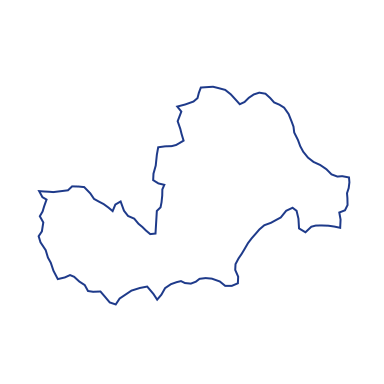 Sumaré, São Paulo, Brazil (Robinson projection), rotated 173°
{"feature_id": "56859067B51080216941917", "entity_name": "Sumaré", "entity_type": "district", "adm_level": 2, "iso_a3": "BRA", "parent_name": "Brazil", "parent_adm1": "São Paulo", "projection": "robinson", "projection_center": [-47.259, -22.848], "detail": "fine", "context": "isolated", "style": "outline", "palette": "blue", "viewbox_px": 384, "rotation_deg": 173, "n_neighbors": 0, "source": "geoboundaries", "source_scale": "gbopen_adm2", "svg_char_len": 2085}
<svg xmlns="http://www.w3.org/2000/svg" viewBox="0 0 384 384"><g transform="rotate(173 192 192)"><path d="M335.8,121.9L328.6,122.7L323.2,124.4L319.3,122.2L314.8,116.9L309.8,112.7L307.3,106.4L302.3,105.0L295.0,104.4L291.0,98.4L287.1,92.4L281.4,89.7L276.8,95.1L264.1,101.5L255.4,103.1L248.0,103.6L242.7,95.5L239.7,89.4L234.9,93.8L230.4,99.9L224.1,103.1L218.2,104.4L213.8,104.9L210.1,102.5L204.3,101.2L199.1,102.5L195.1,104.9L189.0,104.9L182.9,103.6L175.3,99.8L170.5,94.8L163.9,94.0L157.6,95.8L156.5,102.3L158.6,109.4L157.6,115.1L153.9,120.4L150.2,124.6L147.0,128.7L142.6,134.5L138.5,138.7L133.9,142.8L129.6,146.7L124.3,150.2L117.4,151.8L111.9,154.0L107.0,155.9L100.8,161.9L94.1,164.1L90.5,160.6L89.6,152.6L90.2,142.8L84.3,138.2L77.8,143.0L73.4,143.6L68.1,143.1L60.6,141.9L54.8,140.3L49.3,138.4L47.9,146.5L48.3,153.7L42.4,155.2L39.2,160.1L38.5,167.0L38.3,171.9L36.0,176.8L34.6,182.4L34.4,187.3L41.0,189.4L45.8,189.6L51.4,192.5L55.8,198.2L61.5,203.2L67.7,207.0L72.7,212.0L76.7,218.4L79.0,224.3L80.5,230.7L83.3,238.6L83.3,244.5L84.5,249.6L86.6,257.6L90.3,264.5L94.6,268.0L99.6,270.9L102.9,275.7L107.1,280.6L113.1,282.4L118.8,281.3L124.1,278.6L128.9,274.9L133.9,273.3L136.9,277.6L141.6,284.2L146.6,289.3L153.3,292.0L158.3,293.9L163.1,294.2L170.5,294.6L173.1,289.6L175.1,284.5L179.5,281.6L188.0,279.7L196.2,278.6L192.8,273.1L197.6,264.0L195.9,256.0L195.3,251.0L194.1,244.0L202.0,240.6L206.6,240.0L213.1,240.6L220.1,240.5L222.3,233.4L224.8,222.6L228.0,214.9L229.1,208.5L224.3,204.6L218.6,202.5L221.1,198.2L222.0,192.0L223.5,185.5L225.1,180.6L229.2,177.5L233.3,155.2L238.6,155.3L242.5,159.5L245.5,163.3L249.0,167.0L252.6,172.6L258.4,176.0L261.8,181.7L264.0,191.3L269.6,188.9L273.1,182.7L276.8,186.7L281.2,190.8L285.7,193.9L290.1,197.1L293.1,203.0L298.4,210.0L303.7,211.2L310.3,212.2L314.9,208.8L320.9,208.8L325.3,208.8L329.6,208.8L334.0,209.7L338.6,210.5L343.6,211.5L341.1,205.1L337.3,202.2L340.5,195.8L342.7,190.8L346.0,186.5L343.3,179.9L345.8,171.2L349.6,166.8L348.5,160.5L344.3,152.1L343.0,144.5L340.8,139.0L339.1,130.7L335.8,121.9Z" fill="none" stroke="#1e3a8a" stroke-width="2"/></g></svg>